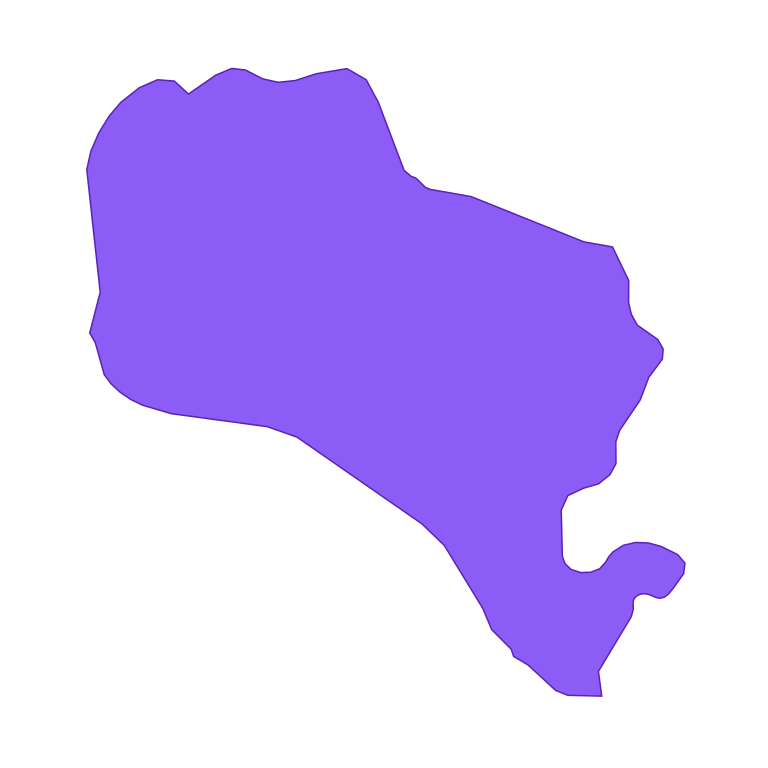 the Province of Reggio Calabria, rotated 87°
{"feature_id": "ITA-5395", "entity_name": "Reggio Calabria", "entity_type": "Province", "adm_level": 1, "iso_a3": "ITA", "parent_name": "Italy", "parent_adm1": "", "projection": "equal_earth", "projection_center": [16.138, 38.244], "detail": "fine", "context": "isolated", "style": "filled", "palette": "violet", "viewbox_px": 768, "rotation_deg": 87, "n_neighbors": 0, "source": "natural_earth", "source_scale": "10m", "svg_char_len": 1317}
<svg xmlns="http://www.w3.org/2000/svg" viewBox="0 0 768 768"><g transform="rotate(87 384 384)"><path d="M707.1,182.9L704.5,216.8L699.0,228.6L672.2,254.8L662.8,268.8L655.6,270.8L634.9,289.3L613.2,297.1L548.4,332.2L525.6,353.5L432.5,473.7L420.5,502.8L402.5,598.0L392.6,626.1L386.1,637.9L378.3,648.1L369.6,656.5L360.0,662.9L327.8,670.1L317.6,675.2L277.5,662.6L154.3,669.6L136.1,664.5L118.0,655.5L101.8,644.2L89.1,632.2L75.3,612.9L68.3,594.2L70.5,577.5L84.2,564.1L66.7,535.7L60.9,519.6L63.2,505.9L72.9,489.2L77.2,473.8L76.3,456.7L70.6,435.3L67.1,404.5L79.2,385.9L102.2,375.0L171.8,352.7L178.1,345.9L180.1,341.3L189.8,332.4L192.1,327.5L201.4,287.2L252.5,177.0L259.1,148.6L293.5,134.2L315.5,135.5L327.5,133.3L338.5,127.9L353.9,108.3L363.6,103.4L373.7,104.7L391.0,119.1L413.4,129.0L442.7,151.1L453.7,155.5L475.6,156.5L486.5,163.2L494.9,174.9L498.6,190.4L505.1,206.3L519.3,213.6L565.4,214.9L572.9,212.6L578.9,207.0L582.6,197.6L582.8,187.4L579.8,178.3L573.6,172.1L568.4,168.7L563.7,164.2L557.6,153.4L555.4,141.0L556.6,128.1L560.7,115.8L569.7,99.7L578.7,92.8L589.1,94.7L602.6,105.4L608.8,111.1L611.5,115.1L612.4,119.3L611.6,123.2L608.1,130.3L607.1,134.2L607.2,138.3L608.3,141.7L610.2,144.4L613.0,146.2L615.2,146.7L622.0,146.8L629.4,149.3L682.2,184.9L707.1,182.9Z" fill="#8b5cf6" stroke="#5b21b6" stroke-width="1.5"/></g></svg>